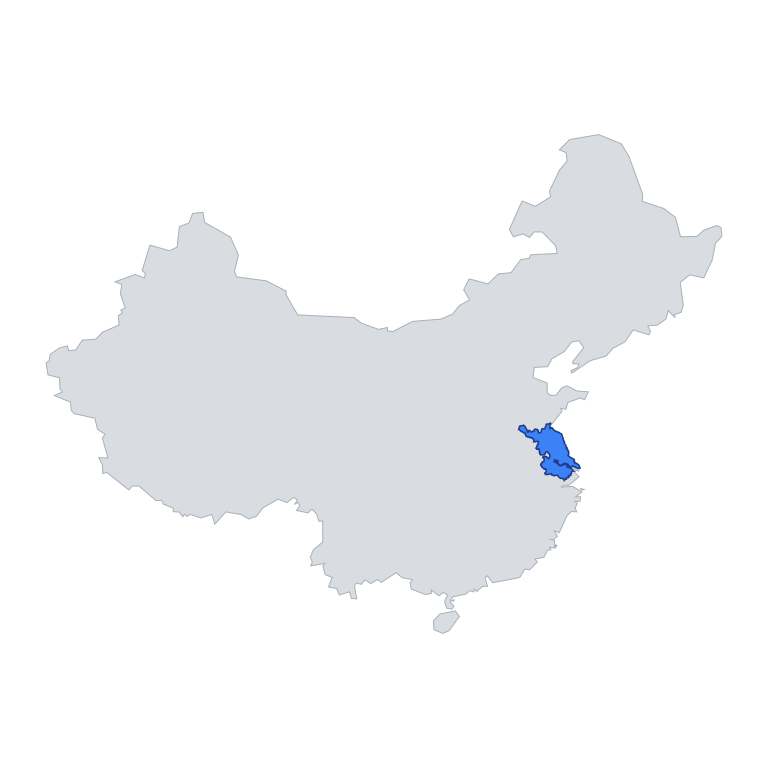 Jiangsu on a map of China (Mercator projection)
{"feature_id": "CHN-1818", "entity_name": "Jiangsu", "entity_type": "Province", "adm_level": 1, "iso_a3": "CHN", "parent_name": "China", "parent_adm1": "", "projection": "mercator", "projection_center": [119.061, 32.938], "detail": "fine", "context": "in_parent", "style": "filled", "palette": "blue", "viewbox_px": 768, "rotation_deg": 0, "n_neighbors": 0, "source": "natural_earth", "source_scale": "10m", "svg_char_len": 9552}
<svg xmlns="http://www.w3.org/2000/svg" viewBox="0 0 768 768"><path d="M425.8,594.7L411.3,589.1L410.1,582.9L412.6,579.5L402.3,577.8L396.0,572.7L381.2,582.4L377.7,579.5L370.6,583.5L365.0,579.9L361.2,584.3L356.5,583.0L354.5,585.8L356.8,598.9L351.4,598.4L349.6,591.8L339.3,595.0L336.7,588.5L328.5,587.0L332.2,577.4L325.1,574.6L323.0,566.0L324.8,563.4L310.7,565.9L312.3,562.1L310.3,557.2L313.5,549.6L322.8,542.1L322.7,521.0L318.8,521.2L316.6,513.8L311.8,509.3L308.0,512.9L296.5,510.4L299.8,506.0L298.2,502.4L294.9,504.0L297.4,499.9L293.8,497.4L286.7,502.6L278.2,499.1L263.0,507.7L256.5,516.2L248.9,519.0L241.1,514.6L225.9,511.9L214.8,524.1L211.8,514.5L200.8,517.9L189.6,514.3L187.4,516.5L184.4,514.2L182.8,516.7L179.3,512.1L173.1,511.6L173.5,508.2L163.3,504.1L161.8,500.2L156.1,500.7L139.1,486.1L132.2,486.0L128.8,489.9L106.6,472.3L102.8,473.6L102.5,465.1L98.7,457.7L107.9,458.0L102.4,438.0L105.1,434.1L97.5,429.4L94.9,418.2L74.2,413.7L71.3,410.5L70.5,402.2L54.3,395.5L62.5,392.0L60.0,389.0L59.4,377.8L48.0,374.9L46.1,362.9L49.1,361.1L50.1,354.4L59.4,348.0L67.4,345.9L68.7,350.6L75.8,349.9L82.3,340.1L95.7,339.3L102.6,332.2L119.1,325.0L118.3,315.7L122.5,312.6L120.8,310.0L125.2,308.2L120.4,293.9L121.8,284.4L115.1,281.8L135.2,274.5L144.4,278.0L145.4,273.3L142.1,270.6L150.0,245.1L169.4,250.8L177.1,247.1L179.4,226.6L188.9,223.0L192.6,213.5L202.9,212.3L204.7,222.5L230.5,237.1L238.4,255.1L234.4,271.7L236.8,276.9L266.0,280.8L286.2,291.2L286.0,294.8L297.7,314.9L354.2,317.6L361.5,323.3L378.7,329.4L387.4,327.5L387.4,330.8L392.7,331.7L412.5,321.4L440.9,319.1L452.6,314.1L459.4,305.5L469.6,299.9L463.7,289.8L469.2,278.9L487.9,283.9L498.6,273.8L511.0,272.7L520.8,259.5L529.3,258.4L530.5,254.8L557.3,253.4L555.6,245.7L542.2,232.0L534.1,231.9L529.5,237.5L523.0,233.9L513.4,236.9L509.3,229.6L522.1,201.0L535.3,206.3L550.6,196.9L549.5,191.0L559.5,170.0L567.1,161.1L566.1,152.6L559.3,149.9L569.7,139.5L598.7,134.6L621.3,143.9L628.9,156.3L642.7,194.4L642.3,201.4L663.8,208.5L675.5,217.4L680.5,236.8L696.8,236.4L704.1,230.0L716.8,225.5L721.0,227.5L721.9,236.4L715.5,243.2L712.1,260.2L703.8,277.9L689.8,274.8L680.2,282.4L683.3,305.0L681.2,312.2L674.1,314.8L675.2,317.7L668.2,310.7L666.0,319.0L657.5,325.1L647.8,325.9L650.5,331.5L648.9,334.8L633.1,329.9L625.0,341.8L612.9,348.3L606.0,356.1L590.2,360.7L571.7,373.1L571.0,370.5L577.4,367.8L578.9,363.8L572.9,363.8L572.8,361.5L583.8,347.7L579.1,340.8L571.8,341.9L564.1,351.7L552.1,358.6L547.5,366.7L534.3,367.4L532.9,377.5L547.1,382.9L547.2,392.8L550.9,395.5L556.1,395.2L561.6,387.9L567.1,385.8L576.9,391.0L588.3,391.8L584.7,399.7L580.2,398.0L567.8,402.5L565.8,409.4L560.8,408.4L561.9,411.4L549.6,426.8L561.7,434.5L568.2,455.9L579.1,465.8L578.3,468.4L564.5,463.1L559.2,465.3L566.7,464.7L579.1,476.7L568.7,485.3L563.8,485.4L560.9,487.2L572.7,486.4L581.8,492.0L575.5,496.9L580.6,496.8L580.0,501.3L574.8,501.4L577.4,503.6L575.1,507.6L576.6,511.9L571.5,511.5L567.1,515.5L559.3,532.6L554.2,530.7L557.5,536.3L552.9,539.8L549.3,538.9L554.6,540.4L554.6,547.9L549.7,547.2L550.9,549.8L547.5,550.1L543.9,557.3L534.9,559.1L537.3,561.9L529.7,569.8L524.6,569.1L519.8,577.5L492.6,582.7L487.1,575.7L485.1,577.9L487.5,586.2L482.4,586.4L476.8,591.5L474.3,589.1L473.7,591.9L469.7,590.7L465.9,594.1L452.8,596.7L449.9,601.4L453.9,606.4L452.0,609.1L446.9,608.3L444.5,601.7L447.5,595.0L443.4,592.5L438.8,595.7L431.4,590.0L431.7,593.2L425.8,594.7ZM455.4,610.9L459.4,616.6L449.0,630.7L442.9,633.4L433.9,629.7L433.5,620.7L440.1,613.9L455.4,610.9ZM579.4,471.1L575.6,470.4L572.2,467.1L575.0,467.7L579.4,471.1ZM584.1,489.5L581.2,490.2L580.6,488.5L584.1,489.5ZM557.0,545.5L555.5,547.4L555.7,544.9L557.0,545.5ZM451.3,600.7L454.0,599.8L453.8,601.1L451.3,600.7Z" fill="#d9dde1" stroke="#a8b0b8" stroke-width="1"/><path d="M550.8,423.7L550.1,423.9L549.9,424.7L550.0,425.7L549.8,426.7L550.0,427.6L549.8,427.9L549.9,428.0L549.9,428.5L550.0,428.6L550.3,428.0L551.2,428.0L551.6,427.7L552.0,428.1L552.6,428.2L553.0,428.6L553.0,428.8L552.8,429.0L553.6,429.9L554.5,430.6L554.8,430.8L554.9,431.0L555.8,431.1L556.5,431.7L556.9,431.9L558.1,432.0L559.1,432.5L559.7,433.1L561.4,433.8L561.6,434.0L561.8,434.9L562.1,435.4L562.4,436.3L562.4,436.7L562.9,437.7L563.1,438.5L563.4,439.5L563.2,439.8L563.6,440.2L563.8,440.8L563.8,441.0L564.3,441.4L564.4,441.7L564.5,442.7L564.3,442.6L564.1,442.8L564.6,443.3L565.1,444.4L565.8,445.2L566.0,445.9L566.2,447.1L566.5,447.5L567.1,447.8L567.1,448.0L566.9,448.2L567.0,448.4L567.0,448.7L566.9,448.7L567.5,449.2L567.7,449.6L567.6,450.0L567.8,450.0L567.9,451.0L568.0,451.1L568.4,451.0L568.6,451.1L568.6,451.9L568.8,453.5L568.8,453.9L568.5,454.4L568.2,454.6L568.3,455.5L568.1,455.3L568.2,455.1L568.0,455.4L568.3,455.7L568.8,455.9L568.9,456.3L569.2,456.6L570.8,457.5L571.0,458.0L571.2,457.9L571.6,458.0L573.8,459.1L574.2,459.5L574.5,461.3L573.9,461.4L573.8,461.5L574.3,462.3L574.6,462.4L574.8,463.0L575.0,462.9L575.3,463.1L575.7,463.1L577.1,463.7L578.9,465.1L579.0,465.5L579.5,466.3L579.5,466.8L580.0,467.7L580.1,468.1L580.0,468.3L579.5,468.5L578.9,468.5L577.3,468.1L575.6,467.3L575.3,467.0L573.0,465.9L572.4,466.3L571.1,467.2L570.3,466.9L569.6,466.9L569.3,466.8L569.2,466.5L569.2,465.9L568.8,465.5L567.8,464.2L567.0,464.0L565.8,463.5L564.2,463.4L562.8,464.2L561.7,465.2L561.3,465.3L560.2,465.3L559.4,464.9L558.7,464.3L557.8,462.9L557.8,462.7L557.9,461.7L557.7,461.9L557.6,461.7L557.4,461.1L557.1,460.6L556.8,460.4L556.1,460.2L555.4,460.3L554.8,459.8L554.5,459.9L555.0,460.2L555.3,460.7L554.9,461.7L554.4,461.9L554.7,462.0L554.9,462.0L555.4,461.4L555.8,461.8L556.5,461.9L556.2,462.4L556.3,462.9L556.4,463.0L557.2,463.4L558.9,465.2L560.2,465.7L560.8,465.8L561.3,465.7L562.6,465.1L563.8,464.7L563.8,464.2L564.0,464.2L564.5,464.3L565.5,464.6L566.4,464.5L567.1,464.8L567.9,466.8L567.7,467.0L567.1,466.8L566.7,466.3L566.8,466.7L566.9,466.9L567.1,467.1L568.0,467.4L570.0,467.9L571.5,468.6L572.6,469.7L573.4,471.0L573.6,471.1L572.6,471.2L571.8,471.7L571.4,472.6L571.4,473.3L571.3,473.9L570.8,473.9L570.5,474.0L570.6,475.2L570.6,475.5L569.4,475.7L568.4,475.7L568.4,476.1L568.6,476.5L568.9,477.3L568.7,477.5L567.4,477.5L566.9,477.8L566.4,477.8L566.3,478.0L566.5,478.3L566.6,478.9L566.6,479.0L565.8,479.3L565.3,479.3L564.2,480.5L563.6,478.8L563.3,478.9L563.0,478.9L562.8,478.3L561.2,478.5L560.2,478.2L559.4,477.6L558.2,476.4L558.0,475.6L557.8,475.4L557.2,475.3L556.6,475.4L556.1,475.2L555.1,475.4L554.7,475.8L554.1,475.8L553.6,475.5L553.2,475.5L551.8,475.0L551.7,474.1L551.5,473.8L551.2,474.1L550.6,474.1L549.5,473.8L548.6,474.4L545.7,474.6L545.4,474.1L545.0,473.9L544.9,473.5L544.8,473.2L544.9,472.9L545.6,472.6L545.8,472.3L546.4,470.7L546.3,469.5L546.0,469.3L545.6,469.4L545.4,468.8L545.1,468.8L544.8,469.2L544.1,469.1L544.0,468.8L544.2,468.4L543.7,468.1L542.8,467.9L542.0,467.3L541.9,467.1L542.0,466.4L541.8,465.9L541.4,465.9L540.8,465.5L540.6,465.1L540.8,464.7L541.1,464.5L540.9,464.0L541.1,463.5L542.2,462.7L542.2,462.1L542.3,461.9L543.3,461.8L544.0,461.3L544.1,461.0L543.9,460.7L544.0,460.4L544.2,460.1L544.1,459.4L544.1,458.5L543.9,458.4L543.4,458.3L543.3,458.2L543.2,457.6L542.8,457.3L542.8,457.0L542.9,456.8L543.1,456.8L543.5,456.9L543.8,456.8L544.1,456.8L545.0,456.5L545.3,456.7L545.7,456.6L546.0,456.8L546.6,456.7L546.7,456.8L546.7,457.1L547.1,457.2L547.5,457.8L548.0,457.9L548.4,458.3L548.5,458.7L549.3,458.0L549.4,457.4L549.5,457.1L549.9,456.8L550.0,456.4L549.8,455.1L549.4,454.4L549.4,453.7L548.9,453.6L548.1,452.8L547.8,452.6L547.8,452.2L547.7,451.9L547.2,451.8L546.7,452.0L546.2,451.8L545.9,452.2L545.6,452.5L545.5,453.2L545.0,453.5L544.8,454.3L544.9,454.6L544.6,454.9L543.4,454.8L543.1,455.0L541.4,454.8L540.9,455.0L540.7,454.9L540.7,454.7L540.0,454.3L539.9,454.1L539.9,453.5L539.5,453.1L539.3,452.6L539.4,452.3L540.0,451.8L539.4,451.2L539.1,450.0L539.1,449.2L539.0,448.8L538.7,448.6L538.4,449.0L537.7,449.3L536.6,449.2L536.4,448.7L535.9,448.3L536.0,448.0L536.5,447.5L536.6,446.8L537.3,445.1L537.4,444.9L537.8,445.1L538.0,445.0L537.9,444.4L538.0,443.3L538.6,442.2L538.6,441.8L538.3,441.4L537.8,441.2L537.4,441.4L536.3,441.5L535.9,441.7L535.3,441.8L534.8,441.7L533.9,441.8L533.7,441.8L533.9,441.3L533.9,439.8L533.8,439.7L533.4,439.8L533.3,439.7L532.8,438.4L532.6,438.1L532.4,438.3L532.1,438.3L531.9,438.2L531.7,437.8L531.4,437.5L531.0,437.5L530.5,437.8L530.1,437.8L529.3,437.1L528.2,437.2L527.4,436.9L526.0,436.1L525.8,435.9L525.8,435.0L525.3,434.5L525.2,434.2L525.4,433.5L525.1,432.9L524.8,432.8L523.9,432.9L523.6,432.9L523.4,432.8L523.2,432.3L523.1,432.1L521.2,431.5L520.9,431.1L520.2,430.6L520.0,430.2L519.3,429.6L518.7,429.6L518.9,429.2L518.8,428.7L519.1,428.3L519.2,428.0L519.2,427.0L519.8,426.1L520.1,425.9L520.6,425.9L521.6,425.6L522.6,425.7L523.2,425.6L523.4,425.5L523.6,425.2L525.0,426.4L525.3,426.7L525.4,427.6L526.3,428.6L527.2,430.6L527.3,431.6L527.6,432.1L527.9,432.2L528.2,432.1L528.3,431.9L528.3,431.2L528.7,430.6L529.3,430.3L529.8,430.6L530.8,431.8L531.7,432.0L532.1,431.9L532.8,431.1L533.0,431.0L533.5,431.0L534.1,431.1L534.3,430.1L534.4,429.4L534.5,429.3L535.0,429.3L535.9,429.1L537.5,429.6L537.7,429.8L537.7,430.5L538.4,430.9L538.1,431.7L538.5,432.2L538.5,432.8L540.5,432.6L541.0,432.2L541.2,431.8L541.3,431.4L541.4,430.2L541.7,429.7L541.7,429.3L541.8,429.0L542.6,428.7L543.1,428.7L544.2,429.0L544.6,428.8L544.9,428.4L545.1,428.1L545.2,427.5L545.3,427.0L545.5,426.4L546.0,425.6L546.2,424.9L546.2,424.4L546.3,424.2L547.2,424.0L548.6,424.1L549.9,423.2L550.5,423.3L550.8,423.4L550.8,423.7ZM557.4,462.5L557.7,463.6L557.2,463.2L556.5,462.9L556.5,462.4L556.8,461.9L556.0,461.5L555.7,461.3L555.7,461.0L556.0,460.7L556.4,460.7L556.7,460.9L556.9,461.2L557.4,462.5Z" fill="#3b82f6" stroke="#1e3a8a" stroke-width="1.5"/></svg>